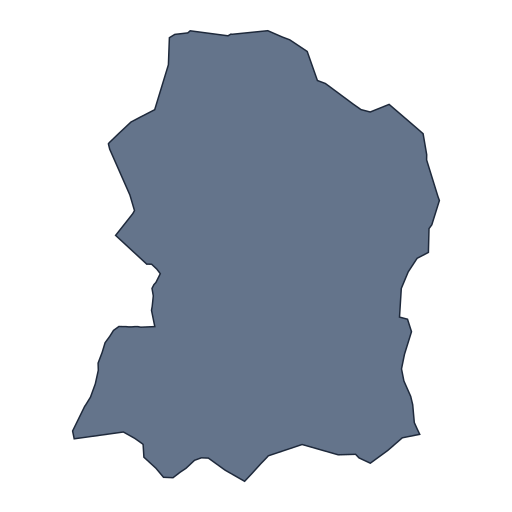 Khana, Rivers, Nigeria (Robinson projection)
{"feature_id": "59680162B16294292751838", "entity_name": "Khana", "entity_type": "district", "adm_level": 2, "iso_a3": "NGA", "parent_name": "Nigeria", "parent_adm1": "Rivers", "projection": "robinson", "projection_center": [7.411, 4.698], "detail": "fine", "context": "isolated", "style": "filled", "palette": "slate", "viewbox_px": 512, "rotation_deg": 0, "n_neighbors": 0, "source": "geoboundaries", "source_scale": "gbopen_adm2", "svg_char_len": 1466}
<svg xmlns="http://www.w3.org/2000/svg" viewBox="0 0 512 512"><path d="M338.2,454.8L355.6,454.3L359.0,457.9L370.3,463.2L387.7,450.5L402.3,437.8L419.7,434.3L417.1,428.8L414.3,422.6L412.7,404.7L410.7,396.4L403.9,381.0L401.5,368.9L404.5,354.2L411.5,331.7L407.5,319.2L399.5,317.1L401.3,288.4L408.2,271.9L417.1,258.3L428.4,252.4L429.0,228.6L431.8,224.8L439.4,200.5L437.9,196.4L426.6,159.9L426.7,154.7L423.1,133.7L413.2,125.1L389.1,104.4L370.2,112.0L361.0,109.6L352.9,103.9L325.4,83.5L317.4,80.5L307.2,51.5L289.7,39.8L282.5,37.1L267.8,30.7L232.1,34.3L230.9,34.1L228.0,35.8L190.2,30.8L187.8,32.9L174.8,34.4L169.4,37.7L168.4,64.8L154.7,109.7L140.3,117.1L131.0,122.0L119.4,132.9L109.4,142.5L108.4,143.8L109.7,149.2L129.9,195.0L134.5,210.6L132.8,213.6L132.5,214.0L115.6,235.4L146.4,263.8L146.6,264.1L151.6,264.2L156.8,269.1L160.3,273.7L155.9,282.5L154.0,284.5L152.0,288.4L153.3,295.9L152.2,306.4L151.5,310.3L154.8,326.6L140.8,327.2L137.8,326.6L135.0,326.6L131.6,326.9L128.6,326.9L125.9,326.6L122.7,326.6L118.9,326.5L113.5,330.4L109.8,336.3L105.1,342.7L102.2,352.3L98.1,363.1L98.3,370.3L95.3,383.9L90.5,397.1L85.4,405.4L84.8,406.1L72.6,431.0L74.2,438.8L123.4,432.0L134.8,438.4L142.4,443.8L143.1,444.4L143.9,457.2L156.0,468.3L163.5,477.3L173.0,477.7L180.3,472.1L186.0,468.3L194.5,460.3L201.4,457.8L208.4,458.1L225.0,470.1L244.6,481.3L252.3,473.1L260.8,463.7L264.7,459.7L267.1,457.2L268.3,455.8L302.1,444.5L338.2,454.8Z" fill="#64748b" stroke="#1e293b" stroke-width="1.5"/></svg>